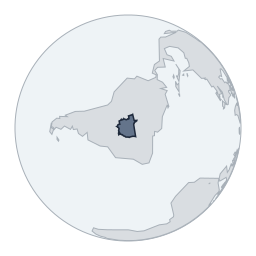 the Earth from above Mato Grosso, rotated 77°
{"feature_id": "BRA-602", "entity_name": "Mato Grosso", "entity_type": "State", "adm_level": 1, "iso_a3": "BRA", "parent_name": "Brazil", "parent_adm1": "", "projection": "orthographic", "projection_center": [-55.436, -12.685], "detail": "medium", "context": "on_globe", "style": "filled", "palette": "slate", "viewbox_px": 256, "rotation_deg": 77, "n_neighbors": 0, "source": "natural_earth", "source_scale": "10m", "svg_char_len": 6996}
<svg xmlns="http://www.w3.org/2000/svg" viewBox="0 0 256 256"><g transform="rotate(77 128 128)"><circle cx="128" cy="128" r="113" fill="#eef3f6" stroke="#a8b0b8"/><path d="M93.0,20.9L95.4,20.2L97.2,19.8L100.3,19.0L99.7,19.4L102.8,18.5L102.8,18.3L104.2,18.0L106.1,17.6L105.5,17.8L104.5,18.1L105.3,18.0L104.2,18.3L105.8,18.0L104.9,18.6L108.6,17.5L110.2,17.5L108.8,18.1L105.4,18.7L93.7,22.6L91.2,24.0L91.3,25.0L98.9,25.2L97.7,26.7L98.8,28.2L101.1,26.9L101.1,25.3L105.6,23.6L105.1,22.2L106.9,21.4L107.8,20.1L111.5,19.7L114.7,20.2L114.1,21.5L115.4,21.9L119.1,20.4L121.1,22.9L127.6,25.1L127.7,26.1L122.2,27.8L114.3,28.0L107.2,31.6L115.7,28.8L115.8,31.7L117.4,32.2L119.7,32.0L121.2,30.8L122.0,31.9L113.9,34.6L113.0,33.7L115.6,32.7L111.9,33.0L106.4,35.5L106.9,37.1L98.1,40.2L98.4,41.5L96.6,43.1L96.8,40.7L96.2,45.2L86.0,51.7L85.0,60.9L81.8,54.3L78.0,54.1L73.3,55.1L73.0,56.5L67.2,56.7L61.2,61.1L57.8,69.2L58.8,74.7L65.4,73.5L67.9,69.7L73.1,68.1L68.2,78.1L77.0,78.0L75.5,85.5L77.9,89.0L82.6,87.4L87.4,88.7L91.2,84.0L97.1,81.2L96.9,87.2L100.4,81.4L103.5,84.2L115.6,83.4L114.6,84.8L124.7,92.0L136.1,95.3L138.7,100.1L137.3,102.9L141.4,103.9L141.4,105.8L158.0,109.7L166.7,115.4L166.6,122.3L159.6,129.8L154.1,146.8L141.8,152.0L139.3,159.2L130.6,169.7L123.1,168.8L125.9,174.2L122.2,177.5L117.5,177.8L117.2,181.6L113.7,181.8L116.4,184.3L111.8,189.5L114.2,193.6L111.1,197.9L112.9,200.3L111.3,200.3L109.9,201.3L110.2,202.7L105.0,200.6L102.4,195.2L103.4,192.3L101.3,192.0L103.3,184.6L101.4,186.2L100.0,175.6L101.8,166.8L101.0,142.6L98.3,138.1L89.7,133.4L79.2,117.6L81.6,110.6L79.5,107.7L86.5,97.7L84.9,89.5L82.5,88.6L80.0,92.0L72.1,88.0L69.8,82.3L48.4,77.8L46.8,75.6L47.8,71.0L45.6,59.4L44.2,71.4L42.4,69.7L42.0,65.8L43.4,64.2L44.7,58.3L43.9,57.0L47.8,50.1L57.8,40.3L57.3,41.0L59.8,38.8L60.5,38.0L60.3,38.0L62.0,36.7L69.3,31.9L76.9,27.6L84.8,24.0L93.0,20.9ZM83.9,64.3L94.1,67.9L87.8,69.2L89.1,68.1L86.6,66.4L81.8,65.2L76.5,67.1L83.9,64.3ZM89.6,58.4L87.8,58.2L89.7,58.0L89.6,58.4ZM59.9,38.3L60.2,38.1L58.8,39.6L58.2,39.8L59.9,38.3ZM105.7,20.4L106.7,20.3L106.0,20.6L105.7,20.4ZM105.2,20.1L103.6,20.6L103.1,20.5L104.1,20.2L105.2,20.1ZM107.2,19.5L102.4,20.3L101.6,20.3L104.5,19.1L107.2,19.5ZM102.0,18.5L100.3,18.9L102.0,18.5ZM101.3,18.6L100.5,18.8L95.7,20.1L101.3,18.6ZM105.7,17.6L104.6,17.8L103.0,18.2L103.4,18.1L105.7,17.6ZM109.0,17.0L110.0,16.8L106.2,17.5L106.5,17.4L107.8,17.2L109.0,17.0ZM116.2,16.2L114.3,16.4L116.2,16.2ZM115.0,16.1L115.9,16.0L112.0,16.5L115.0,16.1ZM114.0,205.1L105.6,201.5L110.1,203.0L112.4,200.7L117.1,203.6L114.0,205.1ZM121.0,199.2L124.2,198.0L125.2,198.7L123.2,199.7L121.0,199.2ZM212.2,53.2L215.7,57.3L216.6,58.6L211.0,52.1L209.2,50.1L201.2,43.0L203.0,44.9L210.7,51.9L209.7,51.0L212.2,54.2L209.5,51.1L200.6,43.5L198.2,43.5L200.4,50.5L197.9,50.6L193.4,48.5L187.3,40.5L193.6,41.2L191.5,38.9L185.7,35.2L188.1,35.9L186.5,34.6L188.4,35.0L186.7,32.7L188.0,33.1L183.0,29.8L182.9,29.7L185.9,31.6L188.6,33.3L190.4,34.2L198.2,39.9L205.5,46.2L212.2,53.2ZM187.5,32.4L180.2,28.2L179.4,28.0L174.0,25.3L172.3,24.4L180.1,28.1L187.5,32.4ZM235.3,162.1L234.0,165.3L230.8,173.3L229.4,174.9L227.1,179.3L224.1,183.2L220.3,186.2L217.5,184.0L220.0,179.8L222.6,170.7L227.4,150.3L230.9,142.3L231.8,135.5L229.4,119.4L230.1,111.8L228.8,108.0L226.6,108.0L224.7,103.6L223.1,103.0L210.8,103.0L205.3,97.1L194.8,81.2L195.8,75.6L193.0,69.1L197.5,50.7L201.8,52.6L209.1,53.0L210.6,54.1L213.4,58.5L221.8,66.9L220.2,63.7L223.1,67.6L227.2,74.7L230.8,82.0L233.9,89.6L236.4,97.5L238.4,105.4L239.7,113.5L240.5,121.7L240.6,129.9L240.2,138.1L239.2,146.2L237.5,154.2L235.3,162.1ZM199.9,60.1L200.7,62.0L199.9,60.1ZM116.0,83.3L117.4,84.5L115.4,84.6L116.0,83.3ZM86.6,71.6L88.9,71.5L90.0,72.2L88.2,72.7L86.6,71.6ZM106.4,70.1L109.1,70.5L106.2,71.1L106.4,70.1ZM95.7,68.4L104.2,70.1L98.5,72.1L93.2,71.2L97.0,70.4L95.7,68.4ZM88.0,61.6L89.4,61.8L88.8,62.9L88.0,61.6ZM91.0,58.2L90.4,58.4L89.8,57.7L91.0,58.2ZM116.2,31.6L116.9,31.4L119.1,31.4L117.9,31.9L116.2,31.6ZM130.1,29.3L131.2,31.1L129.6,30.0L128.0,30.9L122.8,29.9L127.5,26.5L126.3,28.1L130.1,29.3ZM117.0,28.1L119.8,28.8L116.5,28.2L117.0,28.1ZM175.8,28.4L177.9,29.2L179.3,30.4L177.6,30.9L175.6,29.1L175.8,28.4ZM180.5,30.3L173.7,26.5L174.5,26.3L175.2,27.0L176.4,27.3L177.9,28.5L185.3,32.4L187.0,33.8L183.0,33.4L183.4,32.6L181.3,31.7L180.5,30.3ZM155.0,20.0L152.0,19.2L157.5,19.8L159.6,20.6L158.1,20.8L154.7,20.1L155.0,20.0ZM113.4,17.6L111.9,17.8L112.1,17.7L113.4,17.3L113.4,17.6ZM115.3,16.3L120.0,16.7L118.5,16.9L123.1,17.3L121.0,18.1L118.1,17.7L119.9,18.8L116.5,18.8L118.1,19.6L112.0,18.7L109.0,19.0L113.1,18.3L115.1,17.5L115.1,17.3L112.7,16.9L107.3,17.5L108.4,17.1L110.6,16.7L112.1,16.5L110.9,16.8L113.8,16.3L113.2,16.6L115.3,16.3ZM145.6,16.7L145.9,16.8L145.1,16.7L146.8,17.0L145.4,16.8L148.7,17.5L145.9,17.0L146.5,17.3L148.9,17.6L140.6,18.1L139.3,19.3L139.7,20.7L134.8,20.1L131.3,18.6L129.1,17.1L131.1,16.3L128.5,16.4L128.7,16.1L130.6,16.2L127.8,15.9L128.4,15.7L126.5,15.4L121.9,15.5L121.2,15.6L129.3,15.4L137.5,15.8L145.6,16.7ZM210.2,52.9L210.9,53.4L211.6,53.7L213.2,55.8L210.2,52.9ZM204.2,47.7L204.6,47.6L207.2,50.5L206.4,50.1L204.2,47.7ZM202.5,45.3L204.4,47.4L202.9,46.1L202.5,45.3ZM186.0,31.6L187.0,32.1L188.0,32.8L186.0,31.6ZM219.0,61.6L218.2,60.7L217.8,60.1L218.8,61.4L219.0,61.6Z" fill="#d9dde1" stroke="#a8b0b8" stroke-width="1"/><path d="M122.3,135.2L119.2,135.1L118.9,133.6L118.2,132.8L118.8,132.8L118.8,131.9L118.6,131.7L118.4,131.2L118.6,130.6L118.4,130.3L117.9,130.0L118.6,129.5L118.8,128.8L119.2,128.5L119.6,127.5L119.5,127.2L119.4,126.9L119.3,126.6L119.1,126.5L119.0,126.2L119.0,125.9L119.4,125.5L119.2,125.0L118.6,124.9L118.5,125.0L118.4,124.8L116.3,124.8L116.4,123.7L116.2,123.4L116.1,123.1L116.2,122.6L116.1,122.3L116.3,122.1L116.0,121.5L116.1,121.4L116.1,121.1L116.3,120.7L116.0,120.4L122.0,120.3L122.1,120.2L122.2,119.9L122.2,119.7L122.4,119.3L122.4,119.0L122.3,118.5L122.6,118.1L122.6,117.7L123.0,117.9L123.4,118.9L123.7,119.2L123.6,119.7L123.8,120.3L124.8,120.9L124.8,121.2L125.3,121.3L125.4,121.5L125.6,121.5L126.0,121.7L138.1,122.5L137.7,123.1L137.7,123.4L137.5,123.6L137.5,123.9L137.3,124.1L137.3,124.6L137.3,124.9L137.0,125.7L137.2,126.0L137.2,126.5L137.1,126.8L137.2,127.6L137.1,127.9L137.2,128.0L137.3,128.3L137.5,128.5L137.3,128.8L137.3,129.2L137.2,129.3L136.9,129.7L136.9,130.0L136.7,130.1L136.7,130.8L136.5,131.1L136.5,131.8L136.1,132.5L135.9,132.6L135.6,132.6L135.2,133.0L135.1,133.5L134.9,133.7L134.9,133.8L134.7,134.2L134.4,134.3L134.1,134.4L133.9,134.6L133.5,134.8L133.5,135.0L133.2,135.1L133.2,135.3L133.3,135.4L133.1,135.8L132.5,136.2L132.5,136.6L132.2,137.0L132.1,137.7L132.5,138.5L131.2,138.5L130.7,138.3L130.9,137.9L131.2,137.8L131.3,137.0L131.0,137.1L130.4,137.7L130.0,137.8L129.9,137.6L129.6,137.5L129.3,137.5L129.0,137.8L128.5,137.8L127.8,137.5L127.6,137.2L127.3,137.2L126.7,136.8L126.2,137.1L125.5,137.1L124.9,138.0L124.3,138.2L124.2,138.3L124.2,138.2L123.9,138.1L123.9,137.9L123.6,137.9L123.5,137.5L123.2,137.5L122.5,137.0L122.3,135.9L122.5,135.5L122.5,135.1L122.4,135.1L122.3,135.2Z" fill="#64748b" stroke="#1e293b" stroke-width="1.5"/></g></svg>